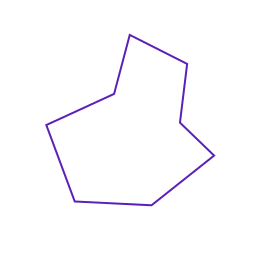 Akhangaran city, Tashkent, Uzbekistan, rotated 148°
{"feature_id": "79887680B16924900870232", "entity_name": "Akhangaran city", "entity_type": "district", "adm_level": 2, "iso_a3": "UZB", "parent_name": "Uzbekistan", "parent_adm1": "Tashkent", "projection": "albers", "projection_center": [69.611, 40.88], "detail": "fine", "context": "isolated", "style": "outline", "palette": "violet", "viewbox_px": 256, "rotation_deg": 148, "n_neighbors": 0, "source": "geoboundaries", "source_scale": "gbopen_adm2", "svg_char_len": 266}
<svg xmlns="http://www.w3.org/2000/svg" viewBox="0 0 256 256"><g transform="rotate(148 128 128)"><path d="M212.1,93.9L149.0,50.0L69.6,59.0L81.1,105.0L43.9,151.0L77.2,206.0L121.7,164.3L195.7,173.8L212.1,93.9Z" fill="none" stroke="#5b21b6" stroke-width="2"/></g></svg>